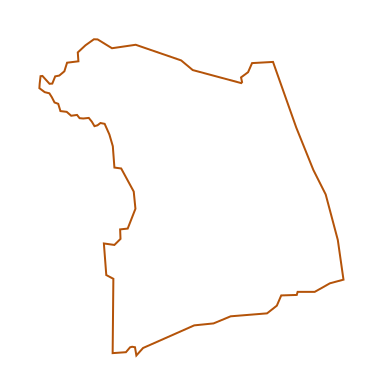 Tarariras, Colonia, Uruguay (Robinson projection), rotated 356°
{"feature_id": "84410073B21543220364464", "entity_name": "Tarariras", "entity_type": "district", "adm_level": 2, "iso_a3": "URY", "parent_name": "Uruguay", "parent_adm1": "Colonia", "projection": "robinson", "projection_center": [-57.64, -34.265], "detail": "fine", "context": "isolated", "style": "outline", "palette": "amber", "viewbox_px": 384, "rotation_deg": 356, "n_neighbors": 0, "source": "geoboundaries", "source_scale": "gbopen_adm2", "svg_char_len": 1055}
<svg xmlns="http://www.w3.org/2000/svg" viewBox="0 0 384 384"><g transform="rotate(356 192 192)"><path d="M47.0,77.8L52.0,82.1L56.6,83.6L58.8,87.7L61.1,93.1L64.7,94.7L66.4,102.1L72.6,103.3L76.8,107.5L82.7,107.1L85.0,110.5L88.7,111.1L94.2,110.9L97.0,114.9L99.3,119.5L102.3,118.9L105.5,116.8L109.6,117.9L113.6,128.9L116.2,140.8L116.3,162.2L123.0,163.6L133.9,187.5L134.4,204.8L125.3,224.0L117.7,224.3L117.4,233.8L110.9,239.4L100.5,237.2L100.7,268.9L107.5,273.1L101.6,347.2L114.9,347.2L119.4,342.6L121.5,342.2L124.3,342.9L125.1,351.2L132.3,344.2L184.9,325.2L204.3,324.6L221.9,318.7L258.4,318.3L268.7,311.3L273.8,301.4L289.3,302.0L290.4,299.0L307.4,300.2L323.2,292.7L337.0,290.0L334.1,250.0L325.2,203.8L314.6,178.5L313.2,174.2L300.5,135.0L281.9,67.9L260.9,67.6L256.3,76.4L248.9,81.1L249.6,85.9L248.7,86.8L201.2,70.4L190.4,60.0L146.1,41.2L122.2,43.0L108.5,33.2L104.8,32.8L96.0,38.2L87.8,44.8L87.8,53.7L76.4,54.3L73.1,62.7L67.7,66.6L63.6,67.1L60.2,74.1L57.4,74.1L50.9,65.8L49.0,65.9L47.6,73.4L47.0,77.8Z" fill="none" stroke="#b45309" stroke-width="2"/></g></svg>